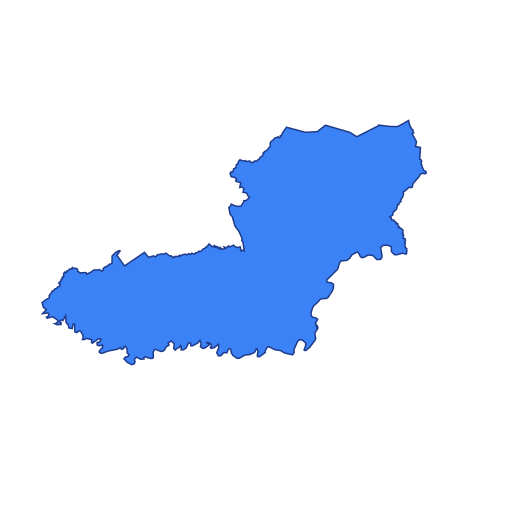 Savelugu, Northern, Ghana, rotated 232°
{"feature_id": "2480657B27215926841583", "entity_name": "Savelugu", "entity_type": "district", "adm_level": 2, "iso_a3": "GHA", "parent_name": "Ghana", "parent_adm1": "Northern", "projection": "robinson", "projection_center": [-0.823, 9.867], "detail": "fine", "context": "isolated", "style": "filled", "palette": "blue", "viewbox_px": 512, "rotation_deg": 232, "n_neighbors": 0, "source": "geoboundaries", "source_scale": "gbopen_adm2", "svg_char_len": 6041}
<svg xmlns="http://www.w3.org/2000/svg" viewBox="0 0 512 512"><g transform="rotate(232 256 256)"><path d="M230.2,445.3L231.6,444.7L240.3,452.4L244.1,449.1L247.2,452.8L256.2,454.3L256.0,456.1L257.3,456.0L258.5,457.3L260.4,456.9L265.2,457.8L268.8,459.7L270.7,447.4L275.4,441.5L283.6,433.3L283.2,432.9L287.9,408.9L295.8,406.0L316.3,391.2L316.3,380.8L322.9,371.2L338.7,359.3L336.8,352.9L335.4,350.7L335.7,349.0L334.6,348.7L335.1,346.9L336.2,346.9L337.4,343.1L336.8,340.9L337.0,338.1L335.8,336.2L333.9,335.1L332.6,329.8L333.0,326.5L332.3,325.7L332.8,325.2L331.0,323.1L331.2,319.9L330.2,318.7L330.7,317.4L330.3,315.3L331.6,313.6L331.7,310.8L333.3,309.4L334.8,309.5L336.0,307.0L337.9,306.2L337.9,305.5L339.2,304.1L341.7,302.6L341.3,300.3L339.6,298.1L340.1,296.8L338.0,294.7L338.5,292.0L337.0,290.3L336.7,288.4L337.7,288.1L337.0,286.3L335.1,286.0L334.7,285.4L332.9,285.7L332.2,287.0L329.5,288.0L327.9,287.8L327.9,286.5L327.1,286.2L323.2,289.1L320.0,285.4L319.1,287.4L316.7,288.0L314.2,285.0L311.3,287.5L308.6,286.7L306.1,287.0L305.8,282.0L307.1,280.5L306.4,280.1L304.5,274.6L307.3,271.1L312.2,268.3L311.1,266.9L311.0,264.5L304.9,261.3L301.5,261.5L292.6,257.9L285.7,257.7L278.1,255.7L277.2,254.4L274.7,254.1L267.2,249.8L269.0,248.7L269.2,247.3L273.0,249.2L273.7,247.1L276.4,245.1L278.4,245.0L279.2,240.9L280.9,240.6L280.6,237.8L282.8,236.4L281.0,235.9L282.5,233.0L283.3,233.4L284.1,231.9L284.8,232.7L285.0,231.2L285.8,231.8L287.5,231.1L287.8,229.9L287.3,229.7L287.9,229.1L288.7,228.8L288.7,230.0L289.9,229.7L289.6,228.6L290.2,227.2L294.4,226.4L293.4,222.4L294.0,221.8L293.4,220.7L294.1,218.5L293.6,215.8L294.2,214.2L294.9,214.1L295.0,211.2L295.7,210.5L295.4,209.3L295.9,208.2L297.8,207.0L297.6,205.3L299.1,204.6L299.5,202.2L301.2,201.2L302.7,197.0L302.4,196.4L303.7,196.2L303.4,194.7L305.6,191.7L305.4,190.2L306.1,190.2L306.4,189.3L308.2,189.4L309.4,187.9L313.7,186.8L314.3,184.2L315.3,183.5L317.7,179.0L317.1,176.4L319.2,175.3L321.2,170.4L327.5,170.4L329.1,146.3L342.2,146.8L343.7,152.0L344.6,151.4L345.2,147.5L344.6,142.6L338.6,137.8L339.7,135.7L339.8,130.7L340.3,130.6L340.2,127.7L339.2,127.1L338.7,125.4L341.9,124.1L341.9,123.2L344.1,120.7L345.0,118.8L344.7,117.3L345.8,111.4L347.3,111.9L348.1,111.3L350.8,107.1L353.8,106.1L355.2,107.1L356.7,106.9L358.6,104.8L359.4,103.8L359.0,103.1L359.5,102.7L359.8,103.2L359.8,101.7L360.5,100.9L360.0,100.6L360.7,97.3L359.9,97.2L359.7,96.0L361.2,95.2L360.4,93.4L358.3,92.1L358.7,91.2L358.0,91.0L358.1,89.6L357.1,89.0L357.5,88.0L356.7,87.4L356.2,84.6L355.7,84.9L355.5,83.7L353.9,84.1L353.0,82.3L353.7,80.8L353.3,79.1L353.9,76.8L353.2,75.3L353.9,73.6L353.3,73.1L352.1,68.5L350.4,67.5L350.2,66.7L350.9,64.2L351.0,58.7L346.3,56.8L342.8,57.9L342.0,52.3L339.5,56.7L338.4,57.1L337.4,56.6L336.5,55.4L336.8,53.2L335.6,53.1L333.5,58.2L328.0,60.2L326.4,59.8L325.9,57.1L326.6,55.8L324.6,56.7L322.1,60.2L323.2,61.3L324.9,60.8L325.7,61.6L325.4,63.5L324.0,63.9L326.1,69.2L320.9,65.6L319.3,65.3L318.4,65.9L314.4,64.3L311.9,66.5L314.9,69.7L314.0,71.1L307.7,66.5L305.9,67.6L306.2,70.1L304.7,71.5L300.2,70.8L298.2,69.6L297.0,67.8L295.8,69.4L295.4,71.7L291.0,75.1L289.1,73.1L288.0,73.5L287.9,79.9L286.5,82.5L285.7,82.3L284.4,79.7L285.7,77.7L284.4,76.4L283.2,76.1L281.1,78.0L280.8,80.1L279.5,80.0L277.9,77.8L278.3,77.4L277.5,73.9L276.4,73.2L275.1,73.9L274.1,74.7L272.0,81.3L267.9,89.3L267.1,93.0L265.6,92.5L264.8,93.2L264.8,95.3L265.9,96.5L265.2,97.5L262.1,97.1L258.9,94.8L256.4,95.2L255.6,92.9L256.8,90.9L256.3,88.7L251.7,89.0L246.8,91.2L246.0,93.6L247.1,95.6L248.8,96.1L249.7,97.3L249.8,99.6L245.6,101.6L243.8,104.4L245.0,104.9L244.8,106.5L240.0,109.9L239.0,111.7L239.2,112.6L243.5,115.7L244.8,118.2L244.4,119.2L239.2,122.4L238.3,124.1L238.2,126.1L239.7,128.9L239.4,132.6L241.7,133.3L241.1,136.9L237.2,137.5L233.7,134.2L231.6,134.4L231.8,137.0L231.1,139.3L231.8,141.4L230.2,141.1L228.1,139.2L226.8,141.0L226.5,144.1L229.2,149.8L227.1,150.7L225.4,149.3L224.3,150.7L223.3,156.7L224.0,159.8L220.8,158.9L218.7,156.3L215.8,157.3L215.0,159.0L214.7,164.3L215.6,165.2L217.5,163.7L218.1,164.0L217.2,165.2L214.5,166.1L212.4,165.6L211.9,163.6L210.7,163.9L209.5,166.9L209.5,172.0L206.9,170.4L203.9,165.5L200.5,164.9L199.0,166.9L199.7,171.2L197.6,173.4L199.5,176.8L199.1,178.5L198.1,178.7L194.6,176.9L191.8,176.6L186.9,178.1L185.7,180.0L184.8,186.3L182.3,190.2L181.1,194.4L181.1,196.2L182.6,198.6L182.4,199.7L179.6,198.8L176.7,195.6L175.6,195.4L174.4,197.0L174.3,203.9L175.3,204.5L177.0,207.9L177.0,210.1L170.2,213.4L166.3,217.2L162.0,218.8L155.7,223.9L156.3,226.5L158.8,228.2L163.2,236.3L163.2,239.0L160.9,240.9L156.8,241.6L154.7,239.8L152.4,236.0L151.3,236.4L150.8,237.5L151.0,242.0L153.2,250.6L154.3,252.3L158.3,254.3L159.5,255.9L160.5,259.2L164.0,260.6L162.3,260.6L160.7,259.6L161.1,260.3L162.7,261.2L165.1,260.6L163.5,261.3L166.3,261.1L168.1,265.6L169.8,265.3L173.1,262.8L175.6,263.1L177.4,264.5L179.9,268.0L181.2,270.7L181.6,276.7L182.4,279.5L181.4,282.3L179.1,285.4L179.0,287.3L181.4,294.4L183.1,297.3L186.0,299.7L188.3,299.0L191.6,295.9L193.5,296.9L195.3,312.1L199.0,317.4L199.8,319.8L196.5,325.1L196.6,328.8L197.9,332.2L196.9,338.1L195.9,338.7L191.1,337.9L189.7,338.3L188.5,340.1L187.8,344.7L185.7,347.4L183.8,348.6L178.9,349.0L176.7,351.9L177.0,353.7L178.2,355.2L186.0,359.4L186.0,363.0L183.4,366.5L179.9,368.4L176.3,365.5L172.0,365.8L170.3,367.6L168.0,373.2L165.4,375.1L165.2,375.9L167.1,378.1L168.6,378.4L169.0,379.4L170.6,378.9L172.5,379.7L174.5,381.7L175.5,381.7L175.8,382.9L177.7,384.1L179.2,382.9L182.1,385.4L183.2,385.1L183.6,386.1L184.7,386.3L185.8,387.8L188.8,387.2L190.6,385.9L190.8,386.8L192.6,386.6L194.2,387.5L195.3,387.1L195.2,386.5L197.0,387.0L198.8,386.1L199.4,386.7L201.2,385.0L202.6,386.1L204.4,385.6L204.1,389.1L206.1,390.8L205.9,392.7L206.6,393.3L206.2,395.3L209.2,399.1L208.6,400.2L209.5,400.6L209.8,403.9L211.2,404.7L211.8,407.2L214.0,410.5L215.9,411.4L215.5,414.1L216.0,419.2L214.4,420.1L214.1,421.6L216.4,424.2L218.0,432.6L219.2,435.8L218.8,437.9L216.5,440.1L216.7,441.4L217.9,441.9L220.0,441.0L222.9,441.5L227.8,443.4L228.4,444.7L230.2,445.3Z" fill="#3b82f6" stroke="#1e3a8a" stroke-width="1.5"/></g></svg>